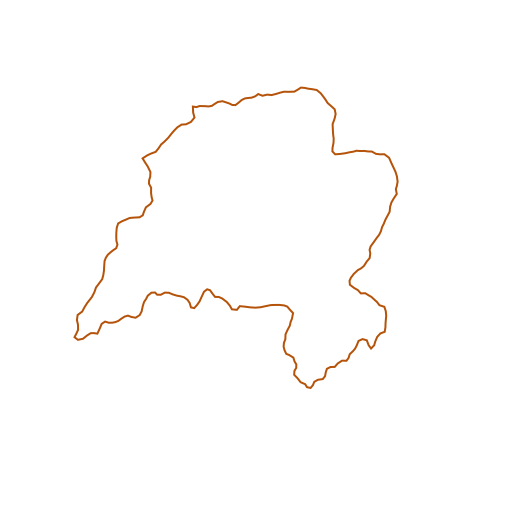 outline of Padre Paraíso, Minas Gerais, Brazil, rotated 35°
{"feature_id": "56859067B96188425164132", "entity_name": "Padre Paraíso", "entity_type": "district", "adm_level": 2, "iso_a3": "BRA", "parent_name": "Brazil", "parent_adm1": "Minas Gerais", "projection": "natural_earth1", "projection_center": [-41.547, -17.06], "detail": "fine", "context": "isolated", "style": "outline", "palette": "amber", "viewbox_px": 512, "rotation_deg": 35, "n_neighbors": 0, "source": "geoboundaries", "source_scale": "gbopen_adm2", "svg_char_len": 3604}
<svg xmlns="http://www.w3.org/2000/svg" viewBox="0 0 512 512"><g transform="rotate(35 256 256)"><path d="M118.6,169.8L122.2,174.5L126.2,177.9L125.8,183.5L123.1,188.3L119.7,191.0L117.8,195.6L117.1,199.7L116.7,203.2L116.3,209.5L115.4,214.7L114.3,219.1L114.4,223.6L114.1,228.2L111.2,232.4L109.2,235.9L107.1,241.1L112.0,243.2L116.0,244.8L121.4,247.8L123.9,251.8L125.0,255.3L126.9,258.2L130.9,260.2L134.0,264.7L136.8,267.7L139.4,269.9L139.7,273.9L137.9,279.3L138.9,284.3L139.9,287.6L138.4,291.1L134.3,294.3L130.7,297.3L128.4,301.1L126.4,304.2L124.4,308.4L125.8,312.9L128.4,317.3L130.9,321.0L133.0,323.7L136.0,326.2L137.0,329.8L135.7,333.2L134.7,336.5L133.9,340.0L134.0,343.5L134.8,346.9L137.3,351.1L139.8,355.1L141.9,359.3L143.3,363.2L143.2,367.6L143.0,373.6L144.4,378.5L145.1,383.8L144.7,391.3L144.9,396.3L145.5,401.2L143.7,406.6L146.0,411.1L149.7,414.5L152.6,418.5L153.3,422.2L153.9,426.6L158.2,426.8L161.7,423.1L163.2,418.0L164.9,414.0L167.7,412.0L170.6,410.6L169.7,405.6L168.5,400.1L170.0,396.3L173.7,395.1L176.6,393.0L178.7,390.8L180.5,388.1L181.6,384.7L183.1,381.0L185.3,378.3L188.9,377.4L192.8,375.6L194.6,371.2L194.1,367.0L192.1,362.3L190.7,358.0L190.6,354.2L190.1,350.6L191.4,346.0L194.3,343.8L197.2,344.4L200.2,342.4L202.3,338.3L205.7,336.1L209.9,335.2L214.1,333.8L217.3,332.3L220.6,331.1L224.8,331.1L228.6,332.5L232.2,335.4L235.3,334.1L235.8,329.8L235.8,325.5L234.9,320.7L233.9,315.1L235.1,311.3L238.0,310.4L241.4,311.6L245.9,313.0L249.0,310.9L252.7,310.2L258.4,310.4L263.1,311.7L266.8,313.5L271.2,311.1L271.5,306.4L275.7,304.0L280.5,301.5L285.1,298.7L289.2,295.3L292.6,291.6L296.3,287.7L299.9,285.0L303.5,282.5L307.5,280.3L310.7,279.5L314.8,280.6L319.1,281.5L321.4,286.7L322.2,290.2L323.7,293.9L324.2,298.2L325.1,303.2L327.8,307.4L328.7,311.1L330.6,314.4L333.4,316.8L336.9,318.8L339.9,318.1L344.9,317.8L348.1,320.3L351.2,321.7L353.1,324.5L353.4,328.1L355.4,331.4L360.2,332.3L364.9,333.8L369.8,332.8L373.0,334.2L376.4,332.8L376.7,329.0L375.9,325.7L377.7,321.9L381.3,318.5L381.5,314.8L379.9,311.4L378.8,307.7L380.7,304.2L384.1,301.7L384.6,297.1L386.5,292.4L390.2,289.9L390.3,286.5L389.1,282.6L390.0,278.4L390.3,275.0L389.8,271.4L388.7,266.8L390.9,263.0L395.1,261.5L399.5,264.5L403.3,265.8L404.0,261.3L402.7,257.5L401.7,252.7L402.3,248.1L404.9,244.3L403.0,240.3L400.7,236.8L398.9,233.7L396.9,230.2L393.9,226.7L390.3,224.0L385.3,225.5L381.6,224.3L377.6,223.8L373.9,223.3L370.9,223.6L366.9,223.8L363.3,226.5L359.0,225.5L354.8,225.9L349.4,225.7L346.8,222.6L346.2,219.3L346.4,214.5L347.5,209.2L349.1,206.0L350.1,202.3L349.9,196.8L350.3,192.5L348.1,188.3L345.5,185.8L344.4,182.4L344.5,176.6L344.5,172.2L344.7,168.0L344.1,164.0L342.7,160.1L342.2,156.4L341.2,152.1L340.1,143.1L337.6,138.7L336.2,134.4L335.8,129.5L335.7,124.4L332.2,121.0L331.2,117.9L329.4,113.9L325.7,109.9L322.1,107.1L318.3,104.9L313.4,102.1L308.7,99.2L302.8,99.0L299.4,101.5L295.7,103.5L291.0,104.0L287.8,106.1L284.5,107.8L280.9,110.4L278.0,112.1L275.8,114.8L273.1,117.4L270.1,120.7L266.2,124.3L262.5,127.3L258.6,126.5L256.7,123.6L254.6,118.9L252.4,115.4L249.3,112.0L246.3,108.2L243.1,104.0L241.6,98.4L239.8,94.0L236.3,90.7L231.6,90.1L226.9,89.6L223.4,88.1L219.9,86.9L215.8,85.6L210.5,85.2L206.0,87.3L202.6,89.1L199.6,90.3L196.2,92.3L194.8,95.8L193.1,99.4L189.1,102.4L184.7,105.4L182.3,108.1L179.9,111.2L176.5,115.2L172.6,117.4L169.4,121.0L164.9,122.1L163.8,125.6L161.6,128.8L159.0,131.0L156.6,133.2L154.8,136.4L153.9,140.0L152.6,144.2L149.9,145.9L146.9,146.3L144.1,147.1L139.8,148.4L136.4,151.7L134.9,155.2L133.7,158.3L131.5,160.6L127.8,162.8L123.7,165.6L121.8,168.2L118.6,169.8Z" fill="none" stroke="#b45309" stroke-width="2"/></g></svg>